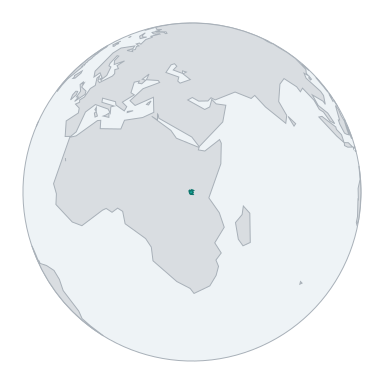 Nyanza on an orthographic globe, rotated 336°
{"feature_id": "KEN-1197", "entity_name": "Nyanza", "entity_type": "Province", "adm_level": 1, "iso_a3": "KEN", "parent_name": "Kenya", "parent_adm1": "", "projection": "orthographic", "projection_center": [34.762, -0.553], "detail": "fine", "context": "on_globe", "style": "filled", "palette": "teal", "viewbox_px": 384, "rotation_deg": 336, "n_neighbors": 0, "source": "natural_earth", "source_scale": "10m", "svg_char_len": 6958}
<svg xmlns="http://www.w3.org/2000/svg" viewBox="0 0 384 384"><g transform="rotate(336 192 192)"><circle cx="192" cy="192" r="169" fill="#eef3f6" stroke="#a8b0b8"/><path d="M23.8,176.1L23.9,179.5L23.8,186.7L23.6,191.2L24.2,192.5L24.2,195.5L29.2,200.0L34.0,207.5L35.3,217.9L34.2,229.7L40.1,254.7L40.1,262.9L44.7,272.9L52.6,287.4L52.3,287.0L45.4,276.0L39.4,264.5L34.3,252.6L30.1,240.3L26.9,227.8L24.6,215.0L23.3,202.1L23.1,189.1L23.8,176.1ZM322.5,84.7L323.2,85.8L319.4,81.2L322.0,85.1L325.4,89.1L326.0,89.2L329.9,95.2L335.6,103.2L340.7,112.0L345.9,126.3L344.7,130.0L345.5,132.9L342.7,129.1L342.5,134.4L350.4,152.3L351.4,157.4L349.4,166.2L348.7,162.4L341.4,152.2L342.5,164.2L348.1,175.1L350.2,187.6L346.9,183.2L344.6,172.3L341.9,168.4L340.8,157.8L335.2,142.1L331.8,144.5L330.4,138.4L322.2,125.8L316.2,129.2L308.0,144.6L309.7,160.5L305.6,167.4L293.7,144.2L288.6,129.3L284.1,130.6L272.0,118.2L250.6,117.3L247.7,113.6L243.6,115.3L235.1,111.7L230.7,105.8L225.5,106.2L237.2,121.8L242.8,121.5L247.7,115.5L249.9,121.3L258.2,126.5L248.6,140.5L217.0,153.5L214.2,141.7L191.7,111.1L192.5,107.8L192.4,107.4L192.2,106.7L189.8,112.2L186.0,106.5L197.8,127.2L199.6,136.5L216.6,154.2L214.9,156.1L220.4,159.8L238.5,155.3L238.6,159.3L229.8,178.0L205.0,204.2L208.5,222.0L207.1,237.3L192.1,247.7L193.9,259.6L186.2,263.9L186.0,270.7L180.1,278.0L170.1,285.0L152.6,285.5L151.1,279.4L141.7,267.6L128.4,239.0L132.4,225.8L130.7,215.7L118.0,193.8L120.8,181.5L117.5,176.5L110.7,178.0L106.9,172.1L102.8,172.2L77.7,178.0L70.4,170.7L62.6,148.1L67.4,138.5L68.9,128.1L102.6,92.3L109.0,93.6L134.7,88.3L137.8,89.4L133.9,96.8L152.6,105.5L159.5,99.0L177.2,103.9L189.5,103.7L195.3,89.8L175.2,89.8L172.5,83.4L189.3,77.7L207.0,78.8L206.5,76.4L196.0,70.9L200.7,66.8L192.4,68.8L195.3,71.1L190.1,72.7L187.2,70.7L189.0,69.2L183.9,68.2L176.6,76.5L178.8,79.8L164.9,81.6L167.1,87.5L163.1,90.4L157.9,81.6L158.9,78.4L148.5,69.9L146.2,73.4L155.8,81.8L152.5,81.2L149.4,86.8L149.1,82.1L139.3,72.8L127.2,75.6L110.6,90.0L103.8,91.8L98.7,89.7L106.0,75.9L120.3,73.6L123.1,69.5L121.3,64.3L125.8,64.3L126.8,62.2L132.3,61.5L141.2,56.1L147.0,55.3L151.5,49.3L155.0,48.3L151.4,52.0L151.9,54.4L166.4,53.7L169.5,52.4L171.3,48.8L175.0,49.4L174.9,46.1L183.7,44.8L172.8,43.9L174.6,40.5L180.4,38.1L179.1,37.0L169.5,41.1L167.4,43.0L168.8,44.8L161.5,50.9L156.3,52.1L156.5,45.7L149.2,47.1L152.6,42.2L176.3,32.9L185.7,31.6L199.1,35.3L196.3,37.0L190.2,36.3L194.9,39.6L195.0,38.0L198.1,38.8L200.6,36.4L202.9,36.9L201.3,34.1L204.5,34.5L205.4,36.2L211.8,33.9L218.6,34.5L218.9,33.8L217.3,32.9L227.0,34.7L226.8,34.2L223.6,33.3L221.1,31.8L220.4,30.0L223.8,30.7L224.5,31.4L231.0,34.4L232.4,36.7L233.7,36.9L233.4,35.1L225.3,31.4L224.0,30.2L228.2,31.7L226.6,31.1L227.0,30.7L230.5,31.2L226.1,29.6L225.7,26.8L232.6,28.1L236.4,29.3L239.0,29.7L251.0,33.7L262.8,38.6L274.1,44.3L284.9,50.9L295.3,58.3L305.0,66.4L314.1,75.2L322.5,84.7ZM90.2,109.5L89.1,112.5L90.2,109.5ZM225.4,87.7L236.2,88.6L231.8,80.3L235.6,80.1L232.7,77.5L231.4,79.7L224.5,72.9L229.3,70.9L228.2,67.7L224.6,67.3L216.8,72.2L226.7,81.6L224.1,84.9L225.4,87.7ZM80.9,64.7L80.1,65.4L76.1,69.1L78.4,66.9L77.8,67.5L80.9,64.7ZM126.9,52.7L128.5,53.6L125.8,56.1L118.5,58.5L122.3,54.8L126.9,52.7ZM131.2,54.6L133.5,48.3L138.1,47.1L135.2,48.7L138.0,48.5L133.9,51.3L136.2,56.7L134.0,59.3L121.6,61.5L126.9,59.1L125.1,58.1L131.2,54.6ZM131.1,39.2L132.1,37.8L140.9,36.7L138.9,38.3L131.5,40.4L129.4,39.8L131.1,39.2ZM126.6,36.2L134.2,33.3L133.4,33.5L136.4,32.5L135.9,32.6L137.4,32.1L152.7,27.7L168.3,24.7L167.9,24.8L170.6,24.4L174.4,24.0L174.3,24.3L170.9,24.5L173.3,24.8L168.4,25.4L169.0,25.4L165.2,26.1L161.5,27.2L159.4,27.4L158.9,27.8L156.4,28.4L154.9,29.1L150.7,29.9L148.6,30.9L147.8,30.8L145.3,32.3L145.3,31.6L141.9,32.7L143.8,32.8L124.4,38.1L116.3,41.7L109.6,45.4L110.3,44.3L117.1,40.6L126.4,36.3L126.6,36.2ZM141.8,86.5L144.3,86.7L148.3,86.2L146.4,90.0L141.8,86.5ZM134.9,80.2L137.2,79.6L136.5,84.1L133.9,84.1L134.9,80.2ZM139.1,75.7L137.4,79.2L136.8,77.3L139.1,75.7ZM153.6,51.5L156.1,50.9L156.1,51.7L154.5,53.1L153.6,51.5ZM180.3,27.2L178.8,26.8L179.7,26.6L179.5,25.5L183.1,25.3L184.6,25.9L180.3,27.2ZM191.6,92.2L187.7,94.8L186.0,93.5L187.6,92.8L191.6,92.2ZM165.7,92.1L171.3,93.8L165.1,93.1L165.7,92.1ZM184.2,26.7L183.7,26.3L185.8,26.5L184.2,26.7ZM185.7,25.2L188.3,25.3L183.5,25.2L185.7,25.2ZM254.7,317.9L255.5,320.0L253.0,320.1L254.7,317.9ZM236.2,234.9L224.7,261.8L216.7,261.9L215.1,254.0L219.3,237.6L228.6,233.0L233.2,225.7L236.2,234.9ZM357.8,219.9L358.0,221.1L357.9,221.9L357.8,219.9ZM357.6,216.6L358.2,217.4L357.2,218.3L357.6,216.6ZM358.4,217.7L358.9,216.8L359.2,215.7L358.9,217.4L358.4,217.7ZM357.1,216.3L352.5,214.4L350.2,211.6L351.2,208.8L354.9,210.6L357.1,216.3ZM351.0,208.7L346.9,199.6L338.4,175.1L341.5,175.8L349.8,191.1L349.4,193.5L351.9,200.5L351.0,208.7ZM359.2,196.2L358.6,203.6L356.5,201.9L355.3,200.2L354.6,190.3L355.0,185.7L356.1,186.2L358.2,171.4L359.4,175.9L359.3,182.3L360.1,189.2L359.2,196.2ZM310.5,162.0L314.5,171.8L312.0,173.3L310.5,162.0ZM357.5,160.9L357.7,167.2L356.9,158.5L357.5,160.9ZM356.0,152.7L356.8,156.2L355.8,152.5L356.0,152.7ZM347.0,137.5L345.9,137.9L345.1,135.5L346.0,133.6L347.0,137.5ZM344.5,119.7L347.5,126.5L348.3,128.7L346.4,124.4L344.5,119.7ZM214.1,27.6L210.4,28.9L210.1,30.5L213.6,32.0L207.0,30.8L207.5,28.4L214.1,27.6ZM224.0,26.6L220.8,25.8L223.2,26.2L224.2,26.4L224.0,26.6ZM221.4,26.1L215.6,25.3L214.5,24.9L219.3,25.6L221.4,26.1ZM199.9,25.0L198.5,25.3L196.8,25.1L199.9,25.0ZM333.1,284.9L329.3,288.9L329.7,286.7L333.2,281.8L340.7,266.1L340.9,266.6L345.2,256.3L350.7,248.8L355.1,236.1L351.1,248.9L346.0,261.4L340.0,273.4L333.1,284.9ZM358.6,220.1L358.2,222.0L358.8,219.1L358.6,220.1ZM360.9,188.2L360.4,191.2L360.5,196.0L360.9,193.8L360.6,197.5L360.3,205.8L360.0,208.5L360.4,199.6L359.7,208.2L359.5,207.7L359.8,200.1L360.3,191.4L360.5,188.0L360.9,187.8L360.9,188.2ZM359.9,173.0L359.3,168.9L359.4,170.8L358.8,164.9L359.9,173.0ZM358.2,161.8L358.4,163.4L357.7,159.1L358.2,161.8ZM358.0,161.3L357.1,157.1L357.5,158.0L358.0,161.3ZM354.8,147.8L356.9,155.3L355.6,151.4L351.8,138.3L352.1,138.4L354.8,147.8Z" fill="#d9dde1" stroke="#a8b0b8" stroke-width="1"/><path d="M191.9,194.5L191.4,194.3L190.8,193.9L190.1,193.6L189.9,193.4L189.7,193.3L189.5,192.7L189.4,192.3L189.5,191.9L189.6,191.3L189.6,190.8L189.6,190.7L189.8,190.4L189.8,190.2L190.0,190.0L190.0,189.9L190.0,189.7L190.3,189.6L190.5,189.5L190.8,189.5L191.1,189.9L191.1,190.0L191.3,190.1L191.3,190.3L191.2,190.4L191.3,190.4L191.5,190.4L191.8,190.4L192.0,190.4L192.1,190.5L192.3,190.5L192.5,190.5L192.6,190.4L192.7,190.5L192.8,190.5L193.0,190.5L193.0,190.4L193.1,190.5L193.3,190.5L193.5,190.7L193.5,190.8L193.7,191.0L193.4,191.0L193.4,190.9L193.2,190.9L193.1,190.7L193.0,190.8L192.9,190.9L192.9,191.0L192.8,191.3L192.7,191.3L192.7,191.5L192.8,191.7L192.8,191.8L192.9,192.2L192.9,192.3L192.9,192.6L192.8,192.8L192.7,192.8L192.7,193.0L191.8,193.2L191.7,193.2L191.6,193.3L191.4,193.3L191.5,193.5L191.6,193.8L191.7,194.0L191.8,194.0L191.9,194.5L191.9,194.5Z" fill="#14b8a6" stroke="#0f766e" stroke-width="1.5"/></g></svg>